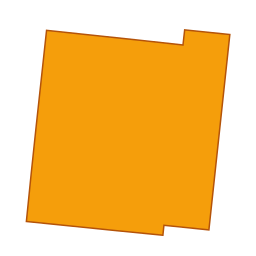 outline of Hardin, Iowa, United States of America, rotated 96°
{"feature_id": "52423323B84465171614567", "entity_name": "Hardin", "entity_type": "district", "adm_level": 2, "iso_a3": "USA", "parent_name": "United States of America", "parent_adm1": "Iowa", "projection": "natural_earth1", "projection_center": [-93.254, 42.383], "detail": "fine", "context": "isolated", "style": "filled", "palette": "amber", "viewbox_px": 256, "rotation_deg": 96, "n_neighbors": 0, "source": "geoboundaries", "source_scale": "gbopen_adm2", "svg_char_len": 313}
<svg xmlns="http://www.w3.org/2000/svg" viewBox="0 0 256 256"><g transform="rotate(96 128 128)"><path d="M24.4,36.5L24.5,81.9L39.7,82.0L39.5,127.7L39.4,219.2L135.8,219.5L183.2,219.5L231.6,219.3L231.3,127.9L231.0,82.1L221.0,82.1L220.9,36.9L24.4,36.5Z" fill="#f59e0b" stroke="#b45309" stroke-width="1.5"/></g></svg>